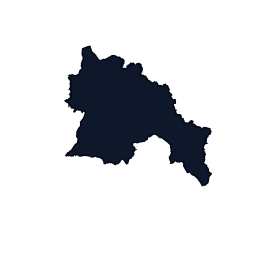 Mueang Trang, Trang, Thailand, rotated 55°
{"feature_id": "78962969B27556566790630", "entity_name": "Mueang Trang", "entity_type": "district", "adm_level": 2, "iso_a3": "THA", "parent_name": "Thailand", "parent_adm1": "Trang", "projection": "orthographic", "projection_center": [99.629, 7.592], "detail": "fine", "context": "isolated", "style": "filled", "palette": "ink", "viewbox_px": 256, "rotation_deg": 55, "n_neighbors": 0, "source": "geoboundaries", "source_scale": "gbopen_adm2", "svg_char_len": 5732}
<svg xmlns="http://www.w3.org/2000/svg" viewBox="0 0 256 256"><g transform="rotate(55 128 128)"><path d="M82.0,82.0L81.8,82.9L81.1,82.5L80.6,84.1L81.7,86.1L81.6,86.7L79.8,87.8L79.4,87.3L79.6,86.2L79.2,86.2L78.1,86.6L77.8,87.1L78.6,87.8L78.6,88.3L76.6,88.4L77.2,91.0L76.4,92.3L78.3,91.1L78.6,91.3L78.0,92.9L77.0,93.5L77.4,93.8L78.3,93.7L78.7,94.1L78.6,95.3L76.8,97.2L77.5,98.5L75.6,98.3L74.2,98.9L74.1,97.2L73.6,97.0L73.2,97.4L73.5,95.9L73.1,95.9L72.0,96.9L71.1,95.9L72.0,95.6L72.5,94.4L71.5,94.1L71.1,94.3L70.6,93.7L71.0,93.2L69.9,93.2L70.0,92.7L69.4,92.5L69.1,93.0L68.3,93.1L68.7,94.3L67.9,94.7L67.1,94.1L66.8,94.6L66.5,94.2L65.1,94.4L64.8,95.6L61.1,97.5L59.7,99.6L59.0,107.0L58.7,107.9L57.8,108.7L57.1,112.3L53.7,113.4L53.0,112.9L51.2,113.2L49.6,112.8L48.8,113.5L48.2,113.2L44.7,114.1L39.3,112.4L38.5,114.0L37.1,119.7L41.4,123.3L43.5,123.7L45.5,124.7L46.3,125.7L46.9,127.2L48.4,127.2L48.2,128.8L49.7,129.4L49.8,130.1L51.3,130.9L53.2,131.0L53.4,134.3L55.6,136.9L55.7,139.0L55.0,141.4L52.4,143.3L52.3,144.8L51.4,145.2L51.3,145.8L51.9,145.4L51.9,146.0L52.7,145.8L52.5,146.3L52.9,146.6L52.5,146.7L52.9,147.1L52.7,147.7L53.7,148.1L54.6,147.9L54.8,147.5L55.2,148.0L56.4,147.8L57.7,148.2L57.6,148.8L58.3,149.0L57.9,149.2L58.2,149.6L59.4,149.7L59.5,150.3L60.4,150.1L60.7,151.2L61.6,151.3L62.7,153.7L63.0,153.4L62.6,152.9L64.5,153.5L64.4,152.9L65.3,152.8L65.5,153.6L66.2,153.7L66.6,155.3L66.9,154.6L67.7,156.3L68.5,156.0L68.5,156.7L69.3,156.7L70.0,157.8L70.7,157.9L70.2,159.3L70.6,159.4L70.6,160.9L69.7,162.2L70.1,162.4L69.7,163.8L70.5,163.7L70.6,163.3L71.2,163.4L71.3,163.0L72.2,163.0L73.4,162.1L74.5,162.7L75.1,162.5L75.5,163.1L75.9,162.9L76.1,163.2L76.1,162.5L76.5,162.3L76.3,161.8L77.3,162.1L78.2,161.8L78.7,162.8L79.1,162.7L80.4,161.1L82.0,160.6L82.7,160.9L83.2,162.7L83.8,162.9L84.1,162.1L83.5,160.7L83.6,158.8L84.9,158.2L86.3,156.3L88.8,156.5L88.4,154.8L89.2,153.9L90.1,153.8L91.7,154.6L94.4,158.5L96.1,163.6L97.7,164.4L99.7,166.2L99.8,167.9L101.8,171.8L105.7,174.9L107.4,174.6L110.1,176.2L110.0,176.9L111.4,177.5L111.4,180.7L112.4,182.7L112.2,183.2L112.9,183.5L113.0,185.1L113.7,186.2L114.0,188.2L113.7,189.1L114.4,190.5L113.8,191.4L114.4,193.0L115.2,193.4L114.6,193.8L114.8,194.6L115.5,194.4L115.6,193.2L116.6,192.5L116.7,191.5L118.4,190.5L118.2,189.7L119.2,189.2L118.9,187.7L119.3,186.6L120.1,186.6L119.6,185.3L120.6,185.2L122.1,183.6L122.8,184.0L123.4,183.5L124.2,181.9L123.8,181.6L124.6,180.7L124.3,180.3L125.1,180.0L125.1,179.2L125.7,178.9L125.6,178.4L127.0,177.6L127.4,176.5L128.0,176.4L129.1,174.9L130.1,174.9L130.7,174.5L131.8,172.8L132.0,171.0L132.3,170.4L133.2,170.3L134.0,169.4L134.6,169.4L135.7,167.7L136.8,167.5L137.5,166.8L138.0,167.0L139.3,166.0L140.1,166.9L141.2,166.5L142.1,167.3L143.5,167.8L144.0,167.1L143.8,166.2L144.9,164.6L144.6,164.2L145.1,164.1L145.3,162.4L146.3,162.2L146.8,161.0L150.6,159.4L150.6,156.9L151.3,156.8L151.2,155.3L150.5,153.1L149.8,152.8L150.2,149.7L156.5,149.7L156.5,148.3L154.3,145.7L153.7,144.3L154.3,142.8L153.3,140.8L153.5,140.3L153.0,140.3L153.3,139.8L152.9,139.5L153.1,138.7L152.1,137.9L151.5,137.9L150.4,136.7L150.3,135.9L149.8,135.8L150.0,134.2L149.4,134.6L148.2,134.3L148.0,133.9L145.5,134.7L144.7,134.0L143.6,133.9L142.7,131.9L143.6,131.0L143.7,130.1L145.4,128.8L145.6,127.4L147.4,123.7L147.3,122.9L148.1,122.5L148.1,118.5L147.1,118.1L146.6,116.3L147.6,115.0L147.2,114.5L147.8,113.2L147.2,111.5L148.1,109.6L150.1,108.2L153.5,107.6L155.4,105.7L163.0,103.3L166.2,102.8L167.8,103.5L168.2,104.2L169.1,104.2L170.0,104.5L170.2,105.1L171.7,105.3L172.1,106.3L173.4,106.3L174.1,106.7L174.2,108.2L175.4,108.5L175.3,110.2L175.9,110.9L178.2,111.9L179.7,111.8L181.2,113.2L181.7,112.8L182.3,110.5L181.4,108.1L183.6,107.2L185.4,105.1L185.4,104.0L185.7,103.4L188.4,102.1L190.4,103.7L191.7,104.2L198.5,104.8L199.5,102.5L202.6,102.3L205.8,100.5L209.0,99.8L214.9,99.8L217.7,100.2L217.7,98.7L218.9,98.2L218.6,94.0L216.1,91.3L214.3,90.0L213.4,86.3L212.4,86.1L211.9,86.8L210.7,87.3L207.3,85.8L206.1,85.7L204.8,86.2L203.9,85.2L200.9,86.4L198.8,85.7L199.0,84.8L197.8,83.4L197.4,83.5L196.1,82.5L195.4,82.5L195.5,81.9L194.8,82.0L194.5,81.0L193.8,80.5L194.1,79.2L193.7,79.9L192.9,80.0L191.6,79.1L190.9,79.5L189.3,79.2L189.3,78.0L188.0,78.7L187.9,77.9L186.7,77.5L186.1,76.3L184.8,75.3L185.4,74.9L184.9,73.8L185.6,72.5L184.6,72.7L184.4,72.2L183.4,71.7L182.7,72.0L183.0,71.4L182.3,71.5L182.4,70.8L181.5,70.8L181.8,70.2L181.6,69.6L180.6,68.8L180.8,67.6L179.5,66.2L180.0,64.5L179.5,64.2L179.4,63.3L179.0,62.8L178.3,63.1L177.8,61.9L176.7,62.2L175.7,61.4L171.8,64.6L171.8,65.2L171.0,66.3L171.6,67.5L171.1,68.7L169.2,68.4L167.7,69.3L167.5,70.1L166.9,70.2L166.3,71.2L164.6,71.2L163.7,72.2L163.2,71.7L162.6,72.1L162.2,73.2L160.7,72.4L160.0,71.2L158.6,71.6L158.3,73.1L159.3,73.4L159.6,74.1L158.6,74.5L159.0,75.6L157.0,77.8L156.9,78.8L155.6,78.4L154.6,78.9L154.3,78.4L153.6,79.1L152.4,77.6L150.3,78.8L149.4,78.3L149.1,79.0L148.3,78.4L148.5,77.7L147.5,77.5L144.3,80.9L143.6,80.1L142.0,80.3L141.0,78.6L139.7,79.4L138.4,78.6L134.6,77.8L134.0,76.1L134.8,75.0L132.0,73.2L131.3,73.8L131.6,75.0L127.9,75.3L126.4,74.9L126.0,73.4L124.0,73.4L123.5,74.0L122.4,74.0L120.7,73.5L120.0,72.2L119.3,72.5L118.6,72.0L118.1,72.4L117.2,71.6L115.9,71.7L114.8,72.5L113.7,72.4L113.2,74.0L114.2,75.5L112.1,76.8L110.9,78.8L106.9,78.5L106.2,79.6L105.5,79.9L105.6,81.0L104.9,82.7L102.3,83.2L102.1,83.9L101.2,83.8L100.4,84.6L98.8,84.0L97.4,84.4L96.1,83.9L95.2,84.4L95.3,85.1L93.7,85.4L93.8,86.3L92.9,86.4L93.2,86.6L92.9,87.1L92.4,86.7L91.5,87.1L91.3,87.7L90.5,86.9L89.9,85.4L89.2,85.3L89.3,84.9L88.8,84.8L89.5,84.4L88.7,83.8L88.7,83.3L87.5,82.4L86.9,82.5L86.7,82.1L87.3,81.9L86.0,82.1L85.5,83.3L85.1,83.0L85.2,82.1L84.7,81.7L84.0,81.9L83.6,81.4L83.3,82.1L82.9,81.6L82.4,82.4L82.0,82.0Z" fill="#0f172a" stroke="#020617" stroke-width="1.5"/></g></svg>